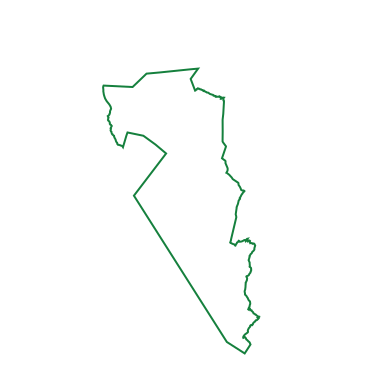 outline of Laisamis, Eastern, Kenya, rotated 213°
{"feature_id": "3690345B46270372847124", "entity_name": "Laisamis", "entity_type": "district", "adm_level": 2, "iso_a3": "KEN", "parent_name": "Kenya", "parent_adm1": "Eastern", "projection": "albers", "projection_center": [37.15, 2.304], "detail": "fine", "context": "isolated", "style": "outline", "palette": "green", "viewbox_px": 384, "rotation_deg": 213, "n_neighbors": 0, "source": "geoboundaries", "source_scale": "gbopen_adm2", "svg_char_len": 5679}
<svg xmlns="http://www.w3.org/2000/svg" viewBox="0 0 384 384"><g transform="rotate(213 192 192)"><path d="M324.1,233.1L324.0,232.4L323.5,231.3L321.9,229.3L321.1,228.0L320.6,227.5L319.1,225.8L317.6,224.5L315.8,223.1L313.0,221.7L309.0,220.4L308.6,220.2L307.7,219.7L307.0,219.4L306.7,219.2L305.2,217.8L305.1,217.5L305.1,216.9L305.0,216.6L305.0,216.3L304.8,215.5L304.6,214.8L304.2,214.3L304.1,214.0L303.9,213.8L303.8,213.3L303.7,212.9L303.7,212.4L303.4,212.0L303.7,210.4L304.0,209.8L303.8,209.6L303.0,209.3L302.6,209.0L302.5,208.9L302.6,208.4L302.3,208.1L302.2,207.8L301.9,207.4L301.8,206.7L301.7,206.6L300.8,206.2L299.9,206.2L299.5,206.0L299.1,205.6L298.7,205.4L298.6,205.2L298.3,204.9L298.1,204.4L297.2,204.0L296.9,204.1L296.6,204.2L296.3,204.0L295.4,203.8L295.2,203.5L295.1,201.6L294.9,201.0L294.4,200.9L293.9,199.4L293.1,198.8L292.9,198.8L292.6,198.7L292.3,198.6L292.1,198.2L291.0,197.3L290.7,197.2L290.4,197.0L290.0,197.1L289.7,196.8L288.6,196.7L288.0,196.7L287.9,196.6L287.6,196.1L287.1,195.8L286.6,195.3L286.0,195.1L284.6,194.3L284.1,193.8L283.1,193.0L282.2,192.6L281.6,192.5L280.8,191.6L279.8,191.3L279.7,191.3L279.2,191.7L278.7,191.7L277.8,192.1L276.7,192.2L276.4,192.4L275.9,192.5L275.4,192.5L274.3,192.0L277.8,203.8L278.5,206.8L263.4,212.7L248.4,211.9L234.7,210.2L238.7,157.3L81.1,85.2L59.9,85.3L59.9,96.0L60.0,96.1L60.8,96.5L61.6,97.2L62.0,97.3L62.6,97.4L63.3,97.4L63.6,97.6L64.1,97.6L64.9,97.9L66.0,97.9L66.6,98.2L66.9,98.6L67.8,98.9L68.9,99.2L69.0,99.1L69.2,98.8L69.2,98.7L69.0,98.3L69.5,97.6L69.8,97.8L70.1,98.5L70.2,98.9L70.1,101.0L69.8,101.9L68.8,104.5L68.8,105.0L68.9,105.3L69.2,105.5L69.5,105.9L69.8,106.3L69.9,106.7L70.2,108.6L69.9,110.8L70.3,111.3L70.3,111.8L70.2,112.3L69.8,112.9L69.6,113.0L69.1,113.0L69.0,113.3L68.9,114.2L69.1,114.5L69.2,114.9L69.2,115.8L69.0,116.7L68.9,117.0L68.6,117.6L68.7,118.2L68.6,118.5L68.6,119.1L68.1,119.5L67.7,120.3L67.6,120.9L67.4,121.6L67.3,122.5L67.5,122.6L67.8,122.4L67.9,122.5L67.8,123.0L68.3,122.7L68.6,122.6L68.5,123.3L68.3,123.7L68.3,123.8L68.8,123.6L69.0,123.6L70.9,123.7L71.6,123.9L72.1,123.7L73.0,123.9L74.3,123.7L75.2,124.4L76.8,124.7L77.5,125.1L77.7,124.8L77.9,124.8L78.2,124.9L78.6,124.9L79.9,125.7L80.3,125.5L80.7,125.2L80.8,124.8L80.8,124.5L80.6,124.2L80.9,124.2L81.0,124.7L81.1,125.1L81.3,125.9L81.3,126.6L81.4,127.3L81.5,127.7L81.9,128.4L82.2,129.8L82.5,130.3L83.6,131.6L84.4,132.0L85.3,132.0L86.7,132.9L87.0,133.0L87.6,133.5L88.7,133.9L90.1,134.6L91.1,134.7L91.5,134.8L91.9,135.1L92.3,135.8L93.5,137.0L93.8,137.5L94.0,138.0L94.3,139.2L95.5,141.7L96.0,142.4L96.4,143.3L96.8,143.8L96.9,144.3L97.5,144.9L97.6,145.4L97.6,146.1L97.8,146.7L97.8,147.6L98.1,148.2L98.6,149.4L98.9,149.8L99.6,150.2L100.1,150.5L100.3,150.6L100.4,150.8L100.3,151.2L99.5,152.2L99.3,152.6L99.1,153.4L99.1,153.7L99.3,154.4L99.1,156.1L99.1,156.3L99.5,157.2L99.5,158.1L99.9,158.6L99.9,158.9L100.5,159.6L100.8,160.1L101.1,160.4L102.1,160.7L102.8,160.6L103.0,160.7L103.1,160.9L103.1,161.3L103.3,161.6L104.9,163.7L105.2,164.2L106.8,165.3L107.4,165.7L107.8,167.3L108.3,168.5L108.3,169.2L108.4,169.3L108.9,169.6L108.9,170.0L108.9,171.1L109.0,171.9L108.7,172.6L108.6,173.4L108.8,174.4L108.8,174.6L108.8,174.9L108.5,175.6L108.4,176.1L108.3,177.4L108.4,177.8L109.1,178.9L109.8,181.4L109.9,181.6L110.3,181.8L110.7,181.9L111.3,182.4L112.0,182.5L112.6,182.2L112.8,181.7L113.6,181.8L113.9,181.5L114.4,181.5L114.7,181.4L115.0,181.2L115.3,180.8L116.2,181.5L116.5,181.9L116.6,182.5L116.9,182.6L117.6,182.5L118.0,182.3L118.3,181.7L118.2,180.9L118.4,180.7L118.5,180.7L119.3,181.0L119.5,181.4L119.5,181.6L120.0,181.5L120.1,181.8L120.0,183.0L120.3,182.7L120.5,181.6L120.5,180.4L120.9,180.8L121.0,180.8L121.3,180.4L121.8,180.3L122.0,180.1L122.4,179.2L123.3,177.7L123.6,177.4L124.8,176.3L125.1,176.2L125.9,176.6L126.2,176.6L126.3,176.1L126.1,175.6L126.2,175.2L126.6,174.5L126.7,174.1L126.5,173.3L126.6,172.2L126.4,170.7L126.8,170.6L127.1,170.8L127.2,171.1L127.3,171.2L127.9,171.1L129.2,170.7L129.7,170.7L130.4,170.5L131.3,170.5L131.8,170.3L132.4,170.4L133.0,172.6L133.5,173.7L141.1,195.0L142.0,196.0L143.2,197.1L146.0,203.2L146.3,203.5L147.0,207.1L148.2,210.3L148.0,212.5L148.3,212.8L148.7,212.9L148.7,214.6L149.0,217.1L148.8,217.8L148.9,218.2L148.8,219.7L148.5,220.9L148.5,221.3L149.0,221.4L149.3,221.4L149.7,221.3L150.6,220.7L151.0,220.6L151.8,220.5L152.1,220.7L153.0,221.4L154.6,222.4L156.8,223.3L157.9,224.7L158.2,224.9L164.8,225.0L165.1,225.1L166.6,225.8L169.0,226.4L169.6,226.6L170.9,226.8L172.6,226.9L173.2,227.0L173.6,226.9L173.8,229.0L173.9,229.4L174.6,230.7L175.1,231.3L175.6,231.7L179.6,234.4L180.6,236.0L181.0,236.3L181.4,236.4L182.3,236.4L185.2,236.6L188.2,248.4L188.4,248.8L192.4,250.3L193.7,250.9L194.0,251.2L199.0,259.1L205.7,269.3L208.3,274.5L214.4,285.2L214.7,285.4L214.8,285.8L215.0,285.9L215.4,285.9L215.6,286.0L216.0,286.8L216.3,286.9L216.7,287.6L216.8,287.9L216.6,288.4L216.6,288.5L217.4,288.1L217.4,287.7L217.6,287.5L217.6,287.2L218.3,286.5L218.4,285.9L218.6,285.8L219.1,287.0L219.4,287.3L219.7,287.4L220.4,287.1L221.0,287.1L221.0,286.6L221.7,286.5L222.0,286.1L222.7,285.7L223.5,285.0L224.1,284.7L224.3,284.8L224.6,285.3L225.0,285.0L225.8,284.9L226.1,284.6L226.5,284.5L227.0,284.9L227.3,284.9L228.1,284.6L230.3,284.0L230.9,284.0L231.8,284.1L232.6,284.1L233.8,283.5L234.6,283.6L235.3,283.4L236.1,283.4L236.3,283.5L236.9,283.6L237.0,283.6L237.1,283.1L237.3,282.9L237.6,282.9L237.9,283.2L238.6,283.3L239.1,283.0L239.9,283.0L240.2,283.0L240.9,282.5L241.2,282.5L241.8,282.7L242.0,282.6L242.4,282.2L243.5,282.2L243.6,281.8L243.7,281.5L244.0,281.1L243.9,280.4L244.3,280.0L244.3,279.4L244.4,279.0L244.6,278.7L254.7,286.1L254.1,298.8L261.2,293.2L284.4,274.5L294.6,266.5L299.0,247.7L324.1,233.1Z" fill="none" stroke="#15803d" stroke-width="2"/></g></svg>